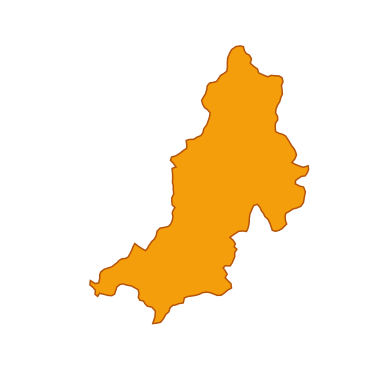 Conceição de Ipanema, Minas Gerais, Brazil, rotated 330°
{"feature_id": "56859067B34184939110586", "entity_name": "Conceição de Ipanema", "entity_type": "district", "adm_level": 2, "iso_a3": "BRA", "parent_name": "Brazil", "parent_adm1": "Minas Gerais", "projection": "albers", "projection_center": [-41.697, -19.901], "detail": "fine", "context": "isolated", "style": "filled", "palette": "amber", "viewbox_px": 384, "rotation_deg": 330, "n_neighbors": 0, "source": "geoboundaries", "source_scale": "gbopen_adm2", "svg_char_len": 3084}
<svg xmlns="http://www.w3.org/2000/svg" viewBox="0 0 384 384"><g transform="rotate(330 192 192)"><path d="M251.7,268.8L254.8,267.9L258.0,267.1L258.5,263.9L260.2,260.1L262.4,257.4L266.6,257.4L271.0,257.2L274.6,258.2L279.1,258.8L283.2,256.9L286.5,252.9L290.3,248.6L291.1,243.5L288.3,240.8L285.6,236.6L287.5,233.8L290.9,233.4L294.4,233.2L298.2,234.6L301.5,233.0L304.2,230.8L305.7,227.4L301.0,226.4L298.1,223.4L295.4,219.9L293.3,216.4L297.6,214.8L301.0,212.2L301.9,208.4L302.0,205.3L301.4,201.5L301.4,195.6L301.1,190.5L299.2,187.2L297.0,185.1L294.6,181.5L296.8,176.8L298.9,174.0L302.2,172.5L303.9,169.3L303.9,165.4L306.3,162.1L309.3,159.7L313.3,157.5L316.1,154.6L319.1,152.6L321.1,148.5L322.7,144.5L326.0,142.0L327.1,138.1L325.5,135.1L322.0,132.8L318.9,130.6L315.2,130.1L312.3,126.4L309.3,122.2L310.2,118.3L308.2,113.8L306.9,109.8L310.1,106.3L310.1,102.3L308.1,98.8L308.1,95.6L309.2,91.9L306.8,89.6L302.7,88.0L297.5,88.5L294.2,90.5L290.0,93.6L287.1,97.9L285.0,101.7L282.5,104.8L278.8,105.3L275.0,105.3L272.1,106.8L268.6,108.5L264.8,107.6L262.0,106.4L258.4,107.6L256.0,110.7L252.7,113.8L249.2,115.6L246.1,117.5L245.1,121.8L245.1,125.4L246.5,128.1L247.3,132.4L245.0,135.4L242.1,138.1L238.5,141.1L234.1,143.0L230.9,146.2L227.9,147.6L224.0,147.0L219.7,147.2L216.3,145.3L212.7,144.5L210.9,148.8L209.2,151.5L205.3,151.7L201.0,152.4L196.3,152.6L191.7,151.5L189.2,153.8L190.3,158.0L190.6,162.4L186.5,161.6L184.7,165.6L183.2,168.6L181.6,171.3L179.8,174.0L179.0,177.1L177.3,179.8L175.3,184.4L171.6,186.9L169.8,190.1L168.4,193.4L169.5,196.9L166.6,198.4L164.3,200.4L163.2,203.8L160.7,206.8L157.6,209.1L154.4,210.0L150.3,208.8L146.3,207.3L142.1,208.5L139.3,211.8L136.0,213.9L132.3,214.8L127.7,216.9L125.3,218.5L122.4,219.5L120.4,216.1L118.3,212.0L116.7,208.0L113.6,209.9L111.2,211.9L107.4,214.5L103.9,216.5L100.9,216.2L98.0,214.8L94.7,214.8L91.7,215.8L88.1,216.2L85.1,216.7L81.6,215.9L77.5,215.0L73.1,215.6L70.8,217.4L68.8,220.8L65.7,224.1L62.3,222.8L59.7,217.9L57.2,221.3L58.6,225.3L59.2,228.8L56.9,232.2L58.1,235.2L61.3,233.5L64.5,236.5L67.5,239.5L70.7,241.7L73.9,241.7L76.4,239.5L79.3,236.7L83.1,236.1L86.2,237.0L89.2,240.2L92.5,243.0L94.4,246.0L96.5,249.7L95.4,253.3L92.8,256.4L92.7,259.6L95.4,262.1L95.5,265.3L96.2,268.5L99.7,271.7L100.7,276.9L97.4,281.7L92.2,286.3L96.0,288.0L99.6,289.1L103.7,287.6L108.1,284.9L112.1,284.1L115.2,281.2L118.8,280.6L121.5,281.7L124.9,282.1L128.9,283.7L132.5,279.9L136.1,280.4L139.7,281.9L143.8,283.4L147.2,284.2L151.0,284.5L154.1,285.8L157.1,287.9L159.4,290.7L162.1,294.1L165.6,296.0L170.0,295.6L173.8,294.8L178.2,294.9L179.9,290.9L178.8,286.9L177.9,282.8L181.4,280.7L181.4,276.7L181.0,273.4L184.0,272.5L188.1,275.1L191.4,273.4L194.2,271.3L196.6,269.5L198.8,265.7L202.3,264.0L201.1,260.6L203.7,258.4L203.5,254.2L202.1,250.2L207.2,249.7L212.9,249.4L217.0,251.4L219.4,253.4L221.9,251.8L224.3,249.4L226.5,246.7L228.1,244.0L231.1,240.1L235.9,236.5L238.6,234.6L242.4,235.3L243.2,239.3L242.7,242.8L243.2,246.0L242.9,249.7L244.2,253.9L243.7,258.9L243.0,262.3L242.4,265.3L244.6,267.8L248.3,268.7L251.7,268.8Z" fill="#f59e0b" stroke="#b45309" stroke-width="1.5"/></g></svg>